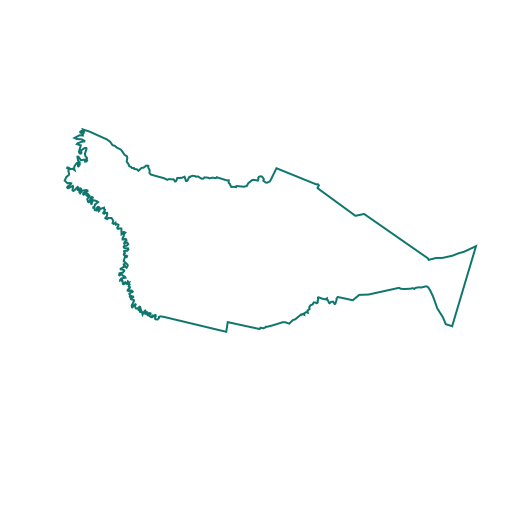 outline of Mongkol Borei, Bântéay Méanchey, Cambodia, rotated 197°
{"feature_id": "14789045B79139506572883", "entity_name": "Mongkol Borei", "entity_type": "district", "adm_level": 2, "iso_a3": "KHM", "parent_name": "Cambodia", "parent_adm1": "Bântéay Méanchey", "projection": "natural_earth1", "projection_center": [103.095, 13.468], "detail": "fine", "context": "isolated", "style": "outline", "palette": "teal", "viewbox_px": 512, "rotation_deg": 197, "n_neighbors": 0, "source": "geoboundaries", "source_scale": "gbopen_adm2", "svg_char_len": 6142}
<svg xmlns="http://www.w3.org/2000/svg" viewBox="0 0 512 512"><g transform="rotate(197 256 256)"><path d="M458.5,326.4L456.8,324.5L456.8,323.8L459.4,324.6L460.4,323.5L460.2,322.8L457.3,322.0L456.8,320.6L460.0,319.9L464.1,315.8L461.5,315.5L456.8,316.6L453.8,316.0L453.7,315.3L455.8,314.5L459.6,311.6L460.0,310.6L455.9,310.6L455.8,303.9L454.9,302.8L454.1,302.5L453.3,302.8L453.1,303.6L454.1,305.6L453.8,306.3L451.4,309.1L449.8,309.6L449.4,308.9L449.5,303.7L448.5,301.8L446.2,300.3L446.4,299.2L445.4,298.0L445.8,296.8L446.9,296.2L447.3,296.7L447.2,297.7L447.7,298.2L451.5,296.4L454.3,298.7L455.4,299.1L455.8,298.8L454.2,295.4L451.7,293.6L451.3,291.8L451.6,290.5L452.1,289.7L452.6,290.0L453.2,292.7L453.8,293.1L454.6,292.5L455.9,288.7L455.6,286.6L454.6,285.1L456.9,285.8L458.6,284.9L461.1,285.7L462.3,285.5L462.4,284.9L460.2,284.2L460.2,282.3L458.6,279.6L458.8,278.5L460.5,276.1L461.0,272.2L457.5,270.4L455.2,271.5L454.0,271.5L454.2,270.3L456.5,267.2L456.6,266.3L455.9,265.8L455.1,266.1L451.7,269.5L451.3,269.1L450.7,265.2L450.1,264.9L449.5,264.9L448.8,265.8L446.8,269.9L446.2,269.6L446.4,267.9L445.8,267.0L445.3,267.0L444.4,268.9L443.5,269.4L442.9,269.0L443.1,267.5L443.9,266.4L443.5,265.2L442.5,264.5L441.2,267.8L437.4,269.5L436.3,269.4L436.1,268.7L439.5,265.9L439.3,264.4L438.8,264.2L437.3,265.8L435.3,266.4L434.4,265.7L435.6,264.4L435.0,264.1L434.8,264.5L432.9,265.0L432.7,264.5L434.0,261.0L432.3,258.6L431.6,258.5L431.1,259.4L431.1,263.3L430.3,264.5L429.2,264.2L429.9,259.4L428.7,257.6L428.3,258.0L428.7,259.4L428.3,260.2L428.6,261.1L427.5,261.9L424.5,261.9L422.8,261.4L424.9,258.4L425.0,256.0L425.9,255.0L425.7,254.5L424.5,254.6L423.6,252.8L421.9,252.9L421.7,253.8L422.3,255.4L421.5,256.8L421.0,256.9L420.9,254.4L419.5,252.8L419.1,253.4L419.1,254.6L419.9,255.8L419.6,256.2L418.3,255.7L415.5,257.8L414.9,256.4L413.9,256.1L414.7,252.4L414.3,252.0L413.5,252.1L413.0,253.7L411.8,253.2L411.0,253.7L410.6,253.1L410.3,250.1L411.2,248.7L411.1,248.0L409.0,247.8L408.4,249.2L405.3,250.1L402.8,248.0L402.8,245.5L401.4,245.0L400.1,246.8L399.2,245.0L398.1,245.8L396.7,245.7L396.4,244.5L397.0,242.4L396.6,241.9L395.7,241.6L394.1,242.7L392.8,242.9L390.9,237.3L390.2,238.0L390.6,239.7L389.2,240.4L387.8,240.1L388.7,238.4L388.3,236.6L388.8,234.0L388.4,232.8L387.3,233.1L386.4,234.1L385.2,234.1L384.5,233.2L385.7,231.2L385.8,229.5L385.5,229.2L384.1,230.8L383.1,231.2L381.6,229.9L382.7,228.0L384.8,227.2L385.2,226.1L384.7,225.4L383.3,225.1L380.6,225.9L379.9,225.0L380.6,223.4L383.5,222.3L383.6,221.8L382.2,220.5L382.9,219.6L382.8,218.5L381.9,218.0L380.2,218.5L379.2,218.2L379.4,217.0L380.9,216.9L381.1,216.5L381.0,212.4L376.5,210.3L375.8,209.3L376.3,206.9L377.7,207.3L379.6,209.7L380.1,209.4L379.2,207.7L379.3,206.9L381.7,204.3L381.5,203.7L378.4,204.0L377.6,203.3L378.5,201.2L381.5,199.6L381.3,197.7L380.7,197.5L379.4,199.6L377.8,198.3L375.3,197.9L374.5,197.1L378.1,195.3L378.9,193.6L378.8,193.0L377.3,194.4L377.0,193.0L376.4,193.1L375.1,190.4L374.6,190.3L374.0,190.6L374.0,192.0L373.3,192.7L372.0,191.5L371.1,191.6L371.2,194.3L370.6,194.1L370.2,193.1L369.5,193.5L369.9,191.7L368.6,191.7L368.8,189.6L367.5,189.4L367.3,188.8L368.7,186.4L368.6,185.3L367.4,185.2L366.3,186.3L365.1,186.6L363.5,185.9L363.8,185.1L365.1,184.6L366.1,182.7L364.6,181.4L364.8,180.2L363.9,179.7L363.1,181.3L361.6,181.3L361.4,180.8L363.4,179.0L363.3,178.5L362.7,178.0L360.2,178.3L359.5,177.6L360.4,172.2L359.6,170.7L359.1,170.7L358.6,172.6L357.4,174.6L356.9,174.5L357.1,172.6L355.6,170.8L354.8,170.8L353.5,171.7L352.5,173.5L351.8,173.4L351.3,172.5L352.1,171.8L352.6,170.1L352.0,169.8L350.8,171.4L349.9,170.4L350.7,169.3L350.4,168.6L348.7,169.1L347.3,166.8L346.5,170.9L346.0,171.4L345.4,170.6L345.4,169.1L344.9,168.3L344.1,168.6L344.3,169.9L343.9,170.5L342.9,170.0L342.8,169.2L343.4,168.8L342.4,167.8L341.7,168.4L341.0,170.3L340.2,170.4L339.9,170.1L340.7,167.6L338.4,166.8L337.4,167.2L337.9,168.2L337.7,168.8L335.8,168.5L335.8,169.7L334.8,170.2L334.2,169.0L334.7,167.8L333.9,166.2L333.5,166.1L331.6,166.5L330.6,168.3L331.0,169.4L330.1,170.2L326.9,170.8L262.3,174.8L263.7,184.5L231.2,187.2L230.8,188.7L227.8,189.0L225.9,190.7L225.8,191.3L224.6,191.6L220.3,194.2L210.9,200.6L208.5,201.2L204.5,201.0L202.0,205.5L200.0,206.9L195.8,213.2L195.2,213.0L194.5,214.2L192.6,213.9L193.1,215.3L191.7,216.9L189.9,216.9L190.8,218.9L189.2,221.0L190.1,222.5L189.5,224.8L187.7,226.2L187.3,228.4L185.8,228.9L184.3,228.5L183.5,229.2L183.4,230.0L184.0,231.0L183.7,232.1L184.6,234.4L184.1,234.8L178.7,234.5L177.0,235.0L175.8,236.2L175.5,234.9L174.5,234.9L172.5,232.5L171.8,232.3L170.8,234.1L168.9,234.9L166.8,233.1L166.2,233.5L166.1,237.8L166.5,238.5L165.9,240.7L150.5,242.0L145.9,249.0L137.2,252.0L109.9,267.4L107.9,267.0L104.8,267.7L98.9,269.8L96.8,271.0L94.9,270.8L94.5,271.8L93.3,272.6L91.1,273.7L88.9,274.1L84.8,276.6L83.4,276.8L81.9,276.2L79.6,274.2L74.8,269.0L67.3,258.9L59.3,252.0L54.6,246.3L47.9,246.2L48.5,329.7L58.3,320.9L63.4,317.6L68.1,313.8L77.1,308.7L83.1,306.8L89.8,302.8L90.8,304.0L164.9,327.8L172.7,323.5L216.8,338.8L217.1,339.3L216.5,341.9L217.7,342.7L219.4,342.1L262.1,345.9L264.1,333.3L264.6,331.4L265.5,330.5L266.9,329.3L268.0,329.1L271.0,330.1L271.0,331.8L272.6,333.1L273.7,333.7L275.1,333.5L276.4,332.5L276.7,331.5L276.1,329.7L276.3,328.6L279.8,328.3L281.9,327.5L284.7,323.3L285.3,320.2L287.9,318.7L294.6,317.3L295.2,317.1L295.2,316.0L297.1,315.8L299.8,314.8L301.4,316.3L301.7,317.1L303.4,317.8L304.2,320.4L305.8,319.8L316.5,319.8L316.5,319.3L317.8,318.6L320.5,318.2L323.4,316.6L324.7,316.9L328.3,316.1L329.0,314.6L330.7,314.0L334.7,315.1L336.8,314.2L337.7,314.6L339.9,314.2L341.3,313.4L342.1,312.2L342.9,312.2L343.6,308.2L344.1,307.5L344.8,307.2L347.5,310.9L349.9,309.0L354.1,307.6L354.2,305.1L354.6,303.8L355.3,303.6L357.1,305.2L361.9,304.0L363.2,302.9L366.4,303.5L380.1,303.1L382.0,304.0L382.9,307.2L384.7,308.8L385.4,310.8L387.5,310.3L389.2,307.7L391.2,306.8L393.3,303.1L395.3,304.1L397.8,303.6L398.3,304.4L400.5,303.9L401.8,304.8L403.1,304.7L404.2,305.4L404.5,306.4L406.9,308.1L407.4,308.9L407.7,312.0L408.6,313.6L411.2,314.3L416.2,318.2L420.9,319.0L423.0,320.0L425.7,320.1L429.0,322.7L432.8,323.9L451.6,326.3L458.5,326.4Z" fill="none" stroke="#0f766e" stroke-width="2"/></g></svg>